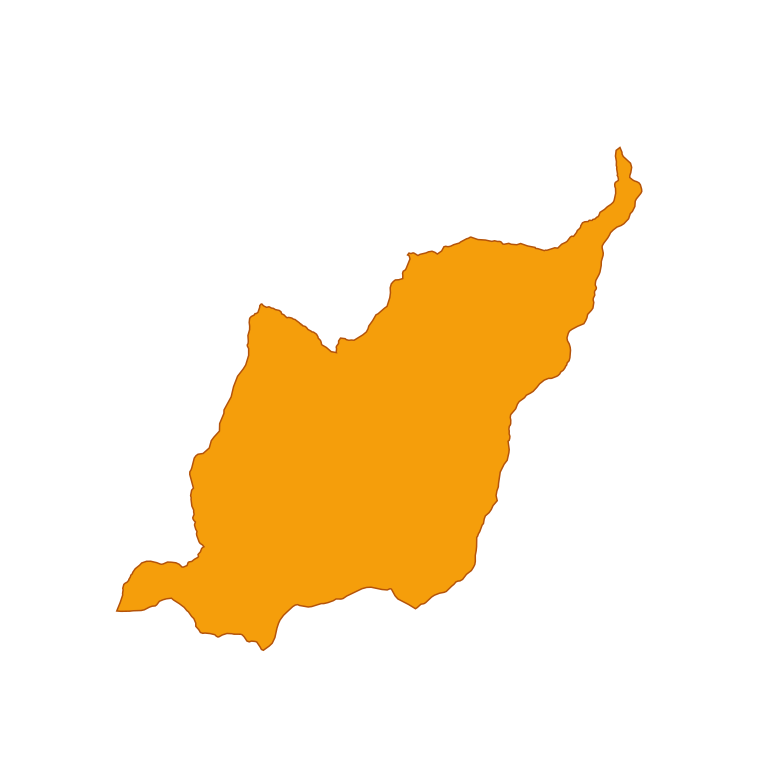 the district of San Andres, Santander, Colombia, rotated 17°
{"feature_id": "7082276B75559195453078", "entity_name": "San Andres", "entity_type": "district", "adm_level": 2, "iso_a3": "COL", "parent_name": "Colombia", "parent_adm1": "Santander", "projection": "albers", "projection_center": [-72.825, 6.82], "detail": "fine", "context": "isolated", "style": "filled", "palette": "amber", "viewbox_px": 768, "rotation_deg": 17, "n_neighbors": 0, "source": "geoboundaries", "source_scale": "gbopen_adm2", "svg_char_len": 6164}
<svg xmlns="http://www.w3.org/2000/svg" viewBox="0 0 768 768"><g transform="rotate(17 384 384)"><path d="M194.8,679.2L198.9,678.3L207.2,675.6L210.4,674.2L218.0,671.6L220.8,670.0L225.0,665.9L227.4,664.2L230.1,663.1L231.2,661.6L232.7,657.5L235.8,654.9L238.8,653.0L243.4,651.0L245.9,652.1L252.5,653.9L258.2,656.0L261.8,658.4L263.5,659.0L268.1,662.6L270.7,663.9L273.9,667.7L274.9,670.8L278.7,673.1L281.1,675.3L283.6,675.4L285.6,674.5L290.7,673.5L295.5,673.2L297.4,674.2L299.2,674.5L300.2,673.9L302.8,671.2L306.7,668.5L311.4,667.3L313.7,667.1L320.1,665.2L321.7,665.3L324.1,666.6L328.1,669.9L330.5,670.0L332.5,668.6L336.0,667.9L337.7,667.9L342.3,671.6L344.4,673.7L346.5,673.9L350.9,668.1L352.9,664.5L353.8,658.4L353.0,648.7L353.1,643.6L353.6,640.0L355.5,634.6L357.5,631.0L361.8,623.6L363.8,621.3L366.0,620.2L368.0,620.5L376.7,619.4L379.9,618.0L388.1,612.4L390.8,611.5L394.4,609.4L398.9,606.0L401.0,603.6L405.8,602.2L407.6,601.1L410.4,597.6L422.8,586.2L426.9,583.6L431.1,582.1L442.2,581.1L447.3,580.0L449.6,578.0L451.1,578.0L456.5,583.3L460.1,585.5L472.1,587.7L479.8,589.7L481.2,588.0L483.7,583.8L486.4,582.4L487.7,581.0L491.8,573.8L494.0,571.2L498.3,567.8L502.3,565.7L504.2,564.2L507.8,557.6L509.4,555.2L510.7,552.2L512.3,550.9L514.2,550.1L516.3,547.9L518.5,541.9L522.1,536.8L523.1,533.2L523.6,530.1L523.2,526.9L521.4,521.2L520.9,516.5L520.1,512.5L517.5,503.5L518.0,502.4L518.1,499.6L518.7,497.2L519.1,490.2L519.9,488.4L519.3,483.7L519.5,480.5L522.1,476.3L523.3,472.6L523.8,468.4L526.4,462.5L523.8,457.9L523.2,453.2L523.4,448.9L522.6,445.6L520.9,434.3L522.3,425.7L524.1,420.9L523.5,413.1L522.9,410.1L519.4,402.5L520.2,401.2L520.1,399.1L519.7,397.2L518.3,395.2L517.5,392.3L516.6,390.6L516.2,387.8L516.7,386.5L516.8,385.1L515.8,381.5L514.5,379.1L514.1,376.3L517.2,369.2L517.5,364.3L518.4,361.3L522.4,356.0L523.4,353.1L526.7,349.9L528.8,347.4L531.2,342.4L532.7,338.4L536.1,333.4L539.7,330.5L542.6,329.6L547.0,326.1L548.0,325.0L549.1,323.0L549.5,320.9L551.4,318.4L552.3,315.8L552.5,313.9L553.1,312.7L553.0,310.2L554.2,307.7L554.1,304.5L552.5,297.2L551.3,294.4L549.4,291.5L546.8,289.0L545.5,286.4L545.4,281.5L545.9,279.2L547.7,276.8L552.3,272.2L557.5,267.9L558.3,264.6L558.7,261.5L558.4,257.9L560.8,252.9L561.6,250.3L560.8,244.7L559.4,242.4L559.1,240.6L559.6,237.4L558.6,235.2L558.3,233.6L559.2,231.0L558.9,229.7L557.1,227.6L556.6,225.5L556.3,223.1L557.6,216.4L557.8,213.8L557.1,207.3L556.0,203.2L555.9,196.9L555.4,194.7L552.8,190.0L552.3,188.1L553.0,185.0L555.2,179.1L556.0,175.8L556.4,173.0L558.2,169.6L560.9,165.8L564.4,163.1L566.6,160.5L569.6,154.5L569.7,149.1L571.1,146.3L572.0,140.9L570.8,135.7L571.2,133.3L573.9,126.4L574.2,124.5L573.4,122.4L570.9,118.5L569.0,117.1L566.4,116.6L564.2,116.6L562.0,116.1L558.6,114.7L558.1,112.5L558.2,109.7L557.5,104.4L555.2,100.8L546.3,96.5L544.5,94.6L543.8,92.8L540.5,88.8L537.7,92.7L538.7,98.4L541.2,103.2L542.3,107.2L543.2,108.5L543.6,110.2L546.0,115.0L546.0,116.3L547.2,117.5L548.3,119.6L548.5,120.9L546.3,123.6L546.2,125.4L547.0,127.6L548.2,129.2L549.8,133.9L550.4,141.3L550.0,143.3L548.4,146.0L545.7,149.3L543.8,152.6L540.4,156.7L540.2,160.0L539.7,161.5L538.7,162.3L537.4,164.6L535.6,165.6L535.3,166.6L534.1,167.1L533.0,167.2L532.3,167.6L531.8,168.9L528.5,170.2L526.7,171.8L525.9,175.2L526.1,176.4L525.7,177.9L524.0,180.7L523.8,182.8L522.1,187.4L520.3,187.8L519.2,189.1L517.4,194.0L516.2,195.5L513.0,198.4L510.4,203.3L507.5,203.8L500.7,208.5L499.3,208.8L498.3,209.6L491.5,209.6L489.2,210.0L488.6,209.2L481.0,210.0L473.6,209.7L470.3,212.0L464.7,213.2L462.2,213.0L458.1,215.2L456.8,215.4L454.1,213.8L452.6,213.9L451.0,214.5L447.9,214.7L445.4,216.1L438.8,216.7L431.6,218.4L424.1,218.1L423.1,218.8L422.2,219.9L420.5,221.0L415.6,225.9L414.9,227.1L409.9,230.4L407.7,232.5L405.8,233.7L404.2,234.2L402.9,234.2L401.2,235.2L400.2,240.0L397.0,244.1L394.2,243.2L391.1,243.0L387.9,244.6L385.8,246.4L380.5,249.5L378.9,251.2L374.7,250.1L373.5,250.1L371.6,251.4L369.6,251.5L368.8,253.7L370.2,253.9L370.8,254.4L372.3,256.8L371.4,267.2L371.0,268.7L369.4,270.6L369.4,272.8L370.2,274.5L371.1,277.7L367.6,280.0L364.4,281.2L363.0,283.2L361.7,286.1L361.8,290.2L363.5,294.9L364.3,299.7L364.2,308.9L362.4,311.2L357.7,318.7L356.1,320.2L354.6,326.8L352.5,333.0L352.6,335.8L351.9,339.4L349.3,343.3L342.6,350.9L339.9,351.5L337.6,352.5L335.0,352.6L333.6,352.0L329.0,352.8L328.0,356.1L328.7,358.5L327.5,361.9L327.6,362.9L328.4,364.3L328.9,367.3L329.3,367.9L324.0,368.5L318.2,365.9L313.4,364.8L312.7,364.3L311.6,362.3L310.5,360.9L307.6,359.3L307.0,358.1L304.9,356.1L301.5,355.0L299.7,355.2L299.0,354.8L295.4,354.1L293.3,352.6L291.8,352.0L289.3,352.1L288.6,351.5L287.5,351.5L286.9,350.8L286.0,350.8L285.4,350.3L279.9,348.3L278.6,348.5L276.7,347.9L274.6,348.0L273.0,348.3L271.9,349.0L270.4,348.4L268.1,347.1L265.7,346.8L264.3,345.0L262.3,344.3L258.3,344.6L256.1,344.0L254.2,344.3L252.0,343.8L251.2,343.9L249.3,345.0L246.6,344.6L245.2,344.1L244.1,343.3L243.2,343.4L242.3,345.3L242.7,347.2L242.5,352.4L241.2,354.0L240.1,354.4L239.6,356.1L237.4,358.2L236.6,359.7L236.4,360.9L237.1,364.6L238.6,367.9L239.6,371.4L239.7,377.4L241.7,382.7L242.2,385.0L241.8,386.6L242.2,387.6L244.2,389.7L246.2,396.2L246.2,406.2L245.0,410.7L241.7,419.4L240.9,430.5L241.6,441.0L238.6,455.6L239.5,458.9L238.4,469.9L240.4,477.1L236.9,484.5L235.4,488.7L235.6,496.3L231.3,503.3L226.6,505.6L225.2,507.5L224.2,510.3L224.7,520.4L224.6,522.4L224.0,524.8L224.7,527.3L232.2,539.3L231.1,541.8L231.7,547.3L232.9,549.2L233.1,550.5L235.9,556.8L238.9,560.3L239.4,562.1L240.5,564.1L240.2,567.7L240.8,568.9L242.3,570.2L244.0,571.1L243.9,573.7L244.2,574.6L246.4,577.9L248.3,579.7L248.5,582.1L249.3,583.7L253.3,589.0L254.8,590.2L257.6,591.0L259.4,592.3L258.7,592.9L257.7,594.6L257.5,598.2L256.0,601.4L257.0,603.1L256.7,604.2L254.0,607.0L252.0,609.9L249.6,611.1L248.9,611.9L248.7,615.2L245.6,617.8L244.4,618.1L240.9,616.3L237.3,615.8L232.7,616.6L229.0,617.6L225.5,620.6L224.1,621.4L222.9,621.6L218.9,621.3L212.7,621.7L208.7,623.0L204.6,626.0L203.3,628.7L200.1,633.4L198.8,637.6L198.8,639.0L197.8,640.8L197.8,642.9L197.1,645.5L197.3,646.3L196.2,648.7L194.7,650.2L193.8,651.7L193.9,655.7L194.7,657.2L195.2,660.7L195.8,662.2L195.6,670.1L194.8,679.2Z" fill="#f59e0b" stroke="#b45309" stroke-width="1.5"/></g></svg>